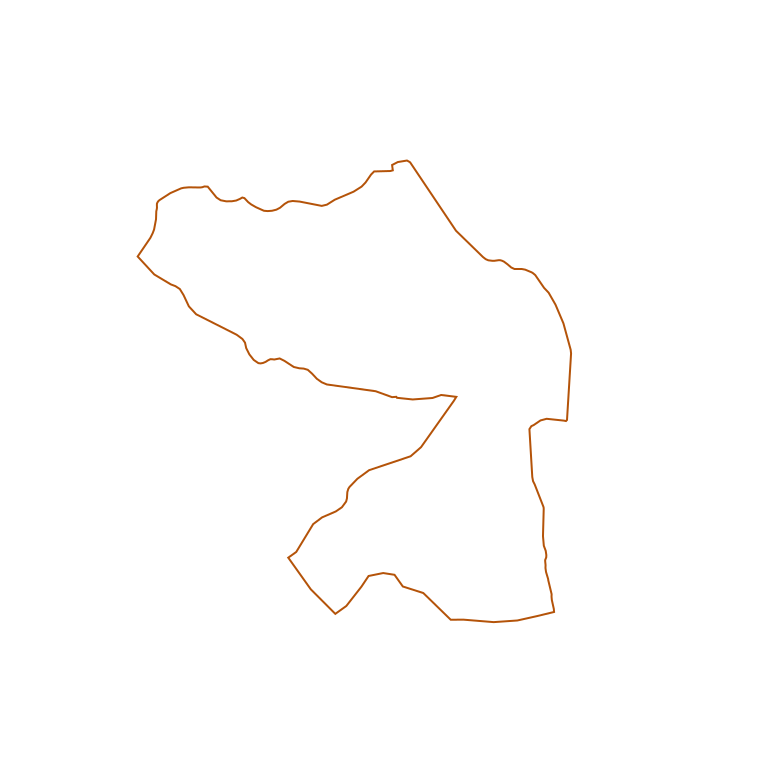 Mayo-Kebbi Est, Natural Earth projection, rotated 321°
{"feature_id": "TCD-1486", "entity_name": "Mayo-Kebbi Est", "entity_type": "Prefecture", "adm_level": 1, "iso_a3": "TCD", "parent_name": "Chad", "parent_adm1": "", "projection": "natural_earth1", "projection_center": [15.507, 10.186], "detail": "fine", "context": "isolated", "style": "outline", "palette": "amber", "viewbox_px": 768, "rotation_deg": 321, "n_neighbors": 0, "source": "natural_earth", "source_scale": "10m", "svg_char_len": 2336}
<svg xmlns="http://www.w3.org/2000/svg" viewBox="0 0 768 768"><g transform="rotate(321 384 384)"><path d="M359.2,456.9L373.0,456.4L427.8,441.0L432.1,439.5L421.5,428.5L412.9,425.4L396.6,414.1L385.4,402.9L385.5,401.7L382.0,399.3L373.0,384.4L339.3,348.4L336.7,343.5L335.1,337.7L334.6,330.6L333.7,325.0L331.3,321.5L328.1,318.5L324.6,314.0L321.2,303.4L319.0,298.5L314.1,295.9L312.9,294.6L311.3,293.2L308.7,292.6L305.9,292.3L303.2,291.5L301.0,290.3L299.5,288.7L297.9,283.3L298.0,276.3L299.5,269.4L302.0,264.4L302.3,259.9L300.5,253.0L281.9,211.6L281.2,200.9L284.2,188.7L285.1,181.7L283.5,176.7L281.0,172.4L274.4,154.3L272.8,129.9L294.4,123.4L299.2,121.2L302.6,119.2L310.5,112.5L315.7,106.5L317.7,104.9L318.6,104.0L320.2,101.9L321.1,100.9L322.3,100.3L323.6,99.9L325.2,99.8L338.1,101.2L349.5,104.3L351.9,105.5L356.2,108.4L364.8,115.6L366.6,116.7L368.8,117.5L371.2,119.7L371.2,133.7L372.7,138.4L376.3,142.7L380.7,146.2L384.6,148.4L388.6,149.5L391.2,149.9L392.5,151.7L392.9,157.2L393.8,160.9L395.8,166.1L399.7,173.8L402.4,176.4L406.0,178.9L410.1,180.8L414.1,181.6L420.1,181.5L424.3,182.1L428.2,184.3L433.2,189.1L447.7,206.4L452.5,208.7L461.7,209.8L481.4,215.4L490.8,216.5L496.4,215.8L505.7,213.1L510.1,212.6L523.0,222.5L525.3,223.5L528.1,218.9L534.4,220.2L542.5,224.8L543.4,227.0L543.8,228.2L536.4,310.2L540.8,347.5L541.6,351.0L542.9,353.5L545.6,356.3L547.3,357.7L551.1,360.0L552.1,360.8L553.2,362.3L554.2,364.3L555.3,368.6L556.2,373.5L557.8,376.8L563.5,381.4L565.7,384.0L569.0,390.1L569.5,391.5L570.1,394.5L568.9,410.0L569.4,416.7L567.2,430.3L561.6,449.8L550.6,474.9L548.6,478.0L503.6,527.1L502.1,527.3L500.7,525.6L488.5,513.4L482.7,510.8L474.4,510.1L472.0,509.5L468.6,510.6L440.7,549.6L438.7,553.3L437.9,556.9L430.8,579.2L430.4,580.3L429.5,581.6L411.8,602.3L406.4,610.3L404.7,615.4L402.5,619.1L401.0,620.8L398.4,622.3L397.5,623.5L395.6,626.4L393.7,628.6L391.6,632.1L388.8,638.9L388.2,639.8L382.0,652.8L380.3,654.8L378.5,657.5L374.4,665.7L372.7,668.2L356.9,660.7L338.8,651.7L319.4,638.1L297.4,617.1L287.5,609.2L283.0,571.2L271.2,553.2L272.1,538.9L264.4,530.4L251.2,523.5L238.9,527.3L215.0,532.8L201.5,532.0L197.9,497.5L200.3,458.7L210.1,459.3L240.8,448.3L252.0,448.7L266.3,452.7L273.7,453.3L280.6,451.5L283.2,449.6L287.5,444.9L290.3,443.0L292.4,442.3L303.7,440.9L318.2,441.6L359.2,456.9Z" fill="none" stroke="#b45309" stroke-width="2"/></g></svg>